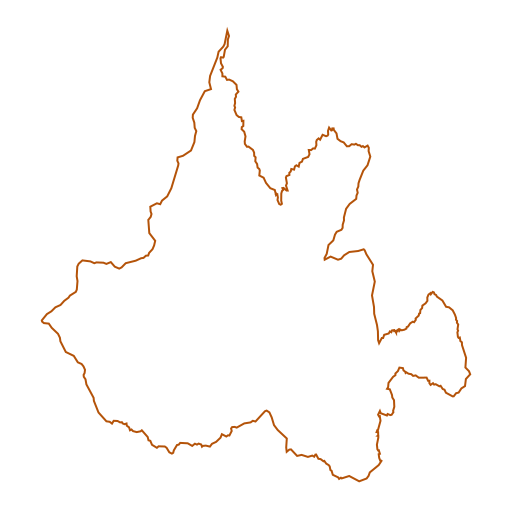 El Dovio, Valle del Cauca, Colombia
{"feature_id": "7082276B38814266492224", "entity_name": "El Dovio", "entity_type": "district", "adm_level": 2, "iso_a3": "COL", "parent_name": "Colombia", "parent_adm1": "Valle del Cauca", "projection": "equal_earth", "projection_center": [-76.261, 4.561], "detail": "fine", "context": "isolated", "style": "outline", "palette": "amber", "viewbox_px": 512, "rotation_deg": 0, "n_neighbors": 0, "source": "geoboundaries", "source_scale": "gbopen_adm2", "svg_char_len": 6055}
<svg xmlns="http://www.w3.org/2000/svg" viewBox="0 0 512 512"><path d="M286.7,451.8L289.3,449.6L291.0,449.4L297.1,455.9L301.6,454.9L307.9,456.9L312.3,455.6L314.2,456.7L315.4,454.6L316.1,454.5L318.4,458.8L320.6,459.1L323.5,461.3L324.3,460.9L326.2,463.6L328.7,465.1L329.7,466.4L330.4,470.0L331.6,470.8L332.8,474.8L338.2,477.4L339.1,478.9L340.9,477.7L341.7,478.4L349.2,476.0L359.2,481.3L366.6,478.5L368.6,475.8L369.8,472.4L378.7,465.1L382.0,460.1L381.2,461.0L380.3,460.8L379.2,457.9L378.7,454.2L379.9,453.8L378.8,450.3L378.2,450.5L377.4,449.3L376.9,444.7L378.3,437.7L378.3,435.9L377.7,435.8L378.2,435.4L378.1,432.2L376.6,432.1L377.3,430.2L377.9,430.3L380.5,420.8L379.8,416.2L379.1,416.5L378.1,414.7L379.9,411.0L380.7,413.2L386.9,415.5L387.6,414.0L390.3,415.1L391.6,414.8L393.4,412.2L393.1,410.9L394.3,406.8L394.0,400.2L392.3,397.5L392.0,395.0L389.8,389.3L387.1,388.8L388.1,387.2L388.5,382.9L393.1,376.8L395.4,375.2L395.4,373.5L397.9,371.1L399.4,367.6L402.9,368.1L403.5,370.4L405.2,371.7L405.6,372.9L406.3,372.3L408.5,373.7L411.3,374.2L413.1,375.9L415.7,375.4L418.8,377.7L426.6,377.6L428.1,380.8L429.4,380.7L429.4,383.2L430.6,384.9L433.0,383.2L434.1,384.6L435.7,384.2L439.4,386.3L440.6,385.8L442.7,389.0L444.5,389.7L445.9,392.7L452.7,396.4L453.7,396.3L456.1,393.2L458.6,392.6L461.4,388.4L465.0,386.1L465.9,379.0L470.2,374.3L469.0,371.2L465.4,367.5L466.1,357.8L462.0,345.1L461.9,342.3L460.4,341.1L459.8,337.5L458.6,337.9L457.9,336.8L457.4,332.3L458.1,330.7L457.5,329.3L458.2,324.5L456.9,322.7L457.1,321.0L456.0,319.7L456.1,318.0L454.9,314.6L452.7,310.3L449.0,307.3L446.1,306.8L442.4,300.5L436.9,296.6L436.1,295.0L434.5,294.2L433.9,292.4L432.7,291.9L430.9,294.2L430.5,293.1L428.5,294.6L427.3,297.5L427.4,300.8L425.6,303.3L422.4,305.6L422.1,308.1L420.4,310.0L420.1,313.2L419.1,313.6L418.7,315.6L415.6,318.5L415.8,319.8L414.1,322.2L412.8,321.7L410.2,323.3L408.0,326.6L406.7,327.1L406.4,328.6L404.4,329.7L401.7,330.3L400.1,329.5L399.6,330.6L398.8,329.2L397.2,330.3L398.0,330.8L397.7,331.4L396.1,331.0L396.1,332.7L395.1,331.0L394.2,331.1L394.1,330.1L392.0,330.4L391.3,332.2L389.9,331.4L388.7,333.5L384.2,334.8L383.1,338.0L381.8,338.0L379.1,343.2L378.1,340.1L377.9,331.3L377.0,325.0L374.2,313.8L374.0,307.0L372.0,295.4L374.8,281.6L372.3,271.2L373.0,264.8L366.4,254.3L364.7,250.3L363.7,249.3L358.2,251.0L349.3,252.0L344.1,255.3L341.2,258.7L338.0,259.7L330.6,256.6L324.7,259.7L324.5,258.0L326.7,253.9L328.5,245.0L333.3,240.4L335.0,234.6L336.7,231.8L341.4,229.8L342.6,227.9L342.7,224.7L344.0,220.4L343.9,217.5L346.1,208.8L349.7,203.9L356.2,198.9L356.5,195.5L357.7,192.8L357.0,189.5L358.3,186.6L358.5,183.3L359.6,179.9L363.3,170.6L367.5,165.3L370.3,156.6L368.6,151.1L368.8,147.8L367.6,145.6L364.5,147.4L362.9,146.1L361.5,146.8L359.7,145.2L357.9,145.2L355.9,143.8L354.4,144.6L351.6,144.2L349.2,146.2L346.9,146.3L343.7,142.4L340.6,141.2L337.5,138.8L336.5,133.4L333.8,129.9L333.6,128.4L332.3,128.4L331.9,130.3L331.3,130.5L329.1,127.6L328.0,130.9L328.2,134.6L327.6,135.6L326.1,136.2L322.6,134.8L320.1,139.7L318.6,138.4L316.8,140.0L316.2,141.8L316.4,145.2L314.9,148.6L313.1,148.4L311.1,150.1L308.8,150.0L309.5,154.2L308.2,156.9L302.9,158.9L302.0,161.6L299.5,162.9L298.7,166.6L296.4,165.3L294.9,166.4L294.1,169.6L291.3,169.0L290.7,171.5L289.3,172.8L289.4,175.0L286.5,176.1L285.9,177.6L286.9,183.3L286.0,185.6L287.6,190.5L286.5,190.5L283.5,187.9L282.4,188.1L283.1,190.0L282.0,191.0L281.3,193.5L281.2,200.6L281.9,203.8L280.7,204.7L279.2,204.0L277.5,200.0L277.9,197.5L277.3,194.4L276.0,193.2L275.8,193.8L276.7,194.0L276.0,194.9L274.8,190.0L270.3,188.2L266.0,182.9L263.6,177.7L259.3,175.5L259.8,170.5L259.2,168.9L257.6,167.6L257.1,164.0L255.3,161.3L255.6,157.3L254.2,155.9L254.1,152.6L252.9,149.9L248.5,146.6L247.0,146.8L244.9,143.9L244.7,141.4L245.5,136.4L244.2,131.7L241.6,129.2L241.8,127.1L243.3,126.0L243.4,120.8L241.9,121.1L241.3,117.3L238.9,117.0L236.6,115.1L234.4,109.9L235.1,107.5L234.4,105.8L235.1,103.1L234.8,98.9L236.0,96.8L235.8,94.5L238.4,91.7L236.9,89.2L236.5,84.9L232.9,81.3L229.2,79.6L227.0,79.9L225.3,76.7L222.4,76.3L222.4,73.5L220.6,69.8L222.6,68.2L222.9,66.9L221.0,63.3L220.5,58.3L221.0,57.2L223.1,57.6L223.7,56.9L225.0,49.7L227.7,46.3L227.9,39.3L229.0,36.0L227.3,30.7L224.6,44.1L223.3,46.6L218.6,51.7L217.3,57.6L210.1,75.9L209.3,82.3L211.0,89.1L204.8,91.2L200.0,100.2L197.1,108.3L192.9,114.6L192.7,117.8L194.3,122.6L194.7,127.8L196.3,131.1L195.0,135.9L194.4,142.1L191.0,150.5L183.0,155.8L177.6,157.4L177.3,160.7L178.5,163.4L178.2,165.5L171.3,188.3L167.2,196.4L162.0,200.6L160.2,204.2L156.9,203.3L150.3,206.7L150.6,211.5L151.5,214.0L150.7,216.9L148.3,219.9L149.3,233.1L155.2,240.8L154.1,245.5L152.5,249.2L149.1,252.9L148.2,255.5L145.9,255.7L143.5,257.9L141.2,258.2L135.7,260.7L125.7,263.2L121.6,267.4L119.2,268.6L114.8,266.7L110.8,262.1L106.4,263.9L103.4,262.7L96.5,262.4L94.3,263.2L90.4,261.4L82.4,260.4L78.7,263.7L77.3,266.5L76.7,276.3L77.5,281.1L76.8,289.6L75.8,291.9L69.9,295.6L68.5,297.7L64.3,300.8L60.5,305.0L55.4,307.3L51.4,311.3L46.9,314.1L41.8,320.4L42.1,321.6L43.9,323.1L48.8,323.6L51.7,327.8L58.0,333.8L59.9,337.7L60.4,341.3L65.8,352.0L73.8,355.9L77.8,362.3L81.6,364.0L83.5,366.4L85.0,369.8L84.6,373.0L83.6,374.9L83.8,376.8L85.5,379.3L86.4,384.4L93.6,397.8L93.9,400.9L98.5,412.5L106.4,421.3L109.7,421.8L112.0,423.6L113.7,420.8L117.6,421.0L120.1,422.4L121.9,422.2L122.6,423.4L124.5,424.2L126.5,423.5L126.8,425.7L129.1,427.4L130.0,430.3L131.5,429.5L133.0,431.1L136.7,432.1L140.6,431.3L141.8,430.3L147.7,437.0L148.5,440.3L150.3,440.8L152.0,444.8L156.9,447.8L158.6,446.3L164.8,446.5L166.6,447.8L169.3,452.3L171.9,453.6L173.2,452.8L173.8,450.4L177.0,445.0L178.7,444.7L180.2,442.9L187.7,443.3L192.2,445.9L194.9,443.7L197.0,444.6L198.6,443.6L201.2,444.5L202.0,446.7L202.9,445.9L205.8,445.6L209.9,446.6L212.0,443.8L216.1,441.9L220.5,437.7L221.9,434.2L226.3,436.5L228.0,435.3L229.4,435.5L231.7,431.0L231.1,428.5L232.1,427.1L234.7,426.9L236.7,427.6L244.3,423.4L250.6,422.4L252.8,420.8L255.5,421.5L265.0,411.2L266.6,410.6L269.4,412.4L271.7,417.4L274.0,425.1L277.7,430.0L286.8,438.5L286.2,447.4L286.7,451.8Z" fill="none" stroke="#b45309" stroke-width="2"/></svg>